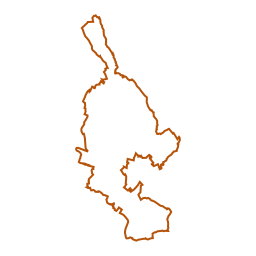 outline of Nogales, Veracruz, Mexico
{"feature_id": "50627088B81981974228301", "entity_name": "Nogales", "entity_type": "district", "adm_level": 2, "iso_a3": "MEX", "parent_name": "Mexico", "parent_adm1": "Veracruz", "projection": "natural_earth1", "projection_center": [-97.192, 18.835], "detail": "fine", "context": "isolated", "style": "outline", "palette": "amber", "viewbox_px": 256, "rotation_deg": 0, "n_neighbors": 0, "source": "geoboundaries", "source_scale": "gbopen_adm2", "svg_char_len": 5838}
<svg xmlns="http://www.w3.org/2000/svg" viewBox="0 0 256 256"><path d="M112.8,206.3L113.5,206.7L113.6,207.3L113.2,207.9L114.5,208.5L114.4,208.7L115.3,209.1L115.0,209.1L114.8,210.1L116.4,210.9L118.2,208.7L118.9,207.5L121.8,209.6L119.8,213.0L123.5,214.9L126.0,217.6L126.3,218.1L127.9,220.2L128.2,222.0L125.5,228.9L124.9,232.3L125.2,234.0L126.0,237.5L126.3,238.2L126.6,238.4L128.6,238.2L130.1,237.4L130.7,237.4L131.8,238.3L132.4,238.2L132.6,239.0L133.1,239.4L136.3,240.6L138.1,239.8L143.3,238.8L144.8,238.8L145.6,238.3L146.2,238.9L147.9,239.5L149.7,238.7L151.6,238.2L152.8,238.1L152.6,236.2L152.6,233.6L154.7,232.3L155.6,232.4L157.5,231.3L160.7,231.0L162.5,230.6L163.3,231.2L165.3,230.8L168.2,231.0L167.6,229.4L168.2,228.4L168.3,227.3L168.0,226.5L168.2,224.2L168.0,221.8L167.5,220.3L167.3,219.1L168.6,215.8L169.3,215.1L171.2,212.0L170.9,211.4L169.9,209.7L169.0,208.6L167.8,208.4L167.7,208.9L167.0,209.3L165.9,208.2L164.6,207.6L162.9,206.3L161.0,205.9L160.0,205.4L154.9,201.8L152.1,200.5L151.5,200.5L150.7,200.0L149.8,198.8L148.0,197.9L147.1,198.4L146.5,198.4L145.4,197.8L143.2,198.1L140.9,199.8L138.4,194.8L139.5,193.2L140.4,192.5L140.9,185.7L141.3,185.3L142.4,184.8L139.8,181.9L138.1,184.9L136.6,186.7L133.8,189.7L130.7,191.8L129.5,190.6L131.2,189.6L130.1,188.2L127.9,190.5L124.0,187.4L124.8,186.6L126.3,184.3L125.7,183.7L126.2,178.5L126.2,176.3L125.1,174.3L124.5,174.9L123.4,174.1L121.7,171.1L120.9,170.2L124.1,167.2L124.0,166.7L126.7,168.0L126.9,164.8L127.5,164.0L128.4,163.3L128.4,162.8L127.1,162.4L127.7,158.9L133.7,160.4L134.0,157.8L135.1,155.6L135.9,153.3L137.8,155.5L138.6,155.5L138.5,156.5L139.7,156.0L140.2,156.7L141.1,155.8L142.5,158.0L146.2,157.8L147.5,156.3L149.1,155.0L149.7,155.8L150.0,155.5L150.5,155.8L151.5,157.1L151.3,157.6L151.0,157.8L150.5,157.1L150.1,157.3L149.8,157.5L149.7,158.2L153.3,162.8L151.8,164.1L152.5,165.1L153.1,164.7L153.9,166.1L157.9,164.2L159.8,169.2L160.8,168.8L161.4,168.4L161.5,167.9L160.8,166.1L160.9,164.9L161.4,164.3L161.7,164.3L162.2,164.3L162.8,165.1L163.3,164.9L163.5,164.2L163.1,163.1L163.2,162.1L164.3,161.8L165.1,161.1L166.0,160.7L166.5,160.0L166.6,159.0L166.9,158.9L167.8,157.2L169.9,155.5L170.9,155.0L172.1,153.7L172.4,153.0L173.2,152.4L173.6,151.6L176.3,151.0L176.9,150.7L176.9,149.9L176.8,149.6L177.8,147.6L178.4,144.3L178.4,144.0L178.2,143.9L177.6,143.9L177.6,143.6L178.6,142.6L179.8,140.2L179.8,139.4L179.6,137.7L179.0,136.9L177.4,139.2L173.6,133.0L172.9,133.6L169.0,128.8L168.3,129.1L167.3,129.8L164.9,130.8L164.2,131.4L163.1,132.6L160.6,134.1L159.9,133.5L158.0,134.0L157.2,134.0L156.1,131.4L156.5,129.6L156.9,129.4L156.9,129.0L156.5,128.2L157.0,126.9L156.7,126.0L157.5,125.3L157.6,124.8L157.1,123.6L157.2,121.0L156.1,118.9L155.3,118.2L154.7,117.2L153.8,116.5L153.7,114.6L153.4,113.3L153.7,112.4L152.6,111.9L152.3,111.4L151.5,110.8L152.0,110.8L151.7,110.2L150.5,109.9L150.0,109.5L148.1,106.5L146.7,102.1L146.9,97.9L146.8,97.3L144.7,95.5L141.3,91.3L139.4,88.5L137.9,87.2L136.9,86.0L135.3,82.9L133.6,80.8L132.1,79.5L131.7,80.1L130.5,79.9L129.6,80.3L127.8,79.1L127.1,78.1L125.9,76.8L124.9,76.4L122.9,77.5L122.6,77.1L123.8,76.1L123.4,75.6L123.0,75.6L122.6,75.3L122.2,75.6L121.4,75.1L120.5,75.1L120.2,74.2L118.5,73.2L116.9,73.3L116.5,73.0L116.2,73.3L115.3,73.5L115.1,73.4L115.2,71.4L115.5,71.0L115.3,70.2L115.5,69.6L117.2,68.0L117.7,67.1L116.8,65.4L116.2,65.3L116.5,64.7L116.1,63.4L115.6,62.5L115.9,62.1L114.7,59.8L114.9,59.2L113.6,57.5L113.7,55.8L113.1,55.2L113.4,54.8L113.3,54.3L112.8,54.2L112.9,53.6L112.7,53.0L112.1,53.3L111.7,52.2L110.9,51.4L110.0,49.7L108.3,47.4L107.5,47.1L105.8,44.1L106.2,42.5L106.0,42.1L106.1,39.3L105.9,38.6L104.3,36.2L103.8,34.2L103.7,32.0L103.5,31.4L103.7,30.8L103.7,30.1L102.2,27.4L102.1,25.8L100.8,23.8L100.4,22.0L100.4,20.2L99.2,17.2L98.7,17.2L98.9,18.3L98.0,17.4L97.0,17.1L95.7,15.4L94.9,15.9L93.8,15.9L92.4,17.9L93.2,21.8L87.8,22.0L87.2,23.0L81.8,28.0L82.8,29.6L83.6,32.1L85.1,36.0L86.0,37.2L86.9,38.0L89.0,40.7L89.9,42.7L91.8,45.9L92.0,47.7L92.0,48.9L92.6,50.1L96.1,53.2L96.5,54.3L98.7,56.2L99.5,56.6L100.0,56.2L100.0,56.5L100.4,57.1L100.9,57.4L102.7,60.3L104.2,61.8L105.7,62.8L106.2,64.6L107.6,67.9L106.9,67.8L105.3,68.8L105.8,69.9L103.9,72.0L105.2,74.1L106.9,78.8L104.3,79.4L103.6,79.7L103.1,79.5L102.7,79.8L102.2,79.6L103.5,81.9L104.2,82.2L103.6,83.4L100.9,81.3L100.1,82.8L99.3,83.7L99.5,84.5L96.9,84.7L96.1,85.1L95.6,85.6L95.3,86.0L95.1,87.4L94.7,88.2L94.0,88.0L94.0,87.6L92.8,86.8L92.2,86.6L90.2,91.1L89.5,91.8L89.2,90.1L87.6,91.4L85.4,95.4L85.2,96.5L83.0,101.4L83.9,102.4L84.9,102.8L85.2,105.5L84.5,108.0L85.5,108.5L85.4,110.5L85.6,111.3L85.2,112.9L84.6,114.2L86.7,115.2L87.5,115.4L87.5,116.8L85.1,121.0L84.2,122.2L84.1,122.9L84.3,124.2L81.9,127.7L81.4,129.0L81.4,131.1L82.8,134.1L83.9,133.8L84.9,138.2L85.6,148.0L86.1,149.1L87.5,150.7L87.2,151.3L78.6,148.0L77.5,147.8L76.6,148.0L76.2,148.6L76.2,149.6L76.8,150.6L78.9,151.6L80.5,153.0L81.1,154.2L81.2,154.9L80.5,156.3L80.4,157.8L79.7,159.2L79.1,161.5L78.8,162.0L79.5,162.6L80.9,163.2L82.2,163.3L82.8,163.6L83.0,163.5L84.0,164.1L84.1,163.6L84.6,163.8L84.5,164.3L84.9,164.5L85.2,163.8L85.7,164.0L85.5,164.7L86.0,164.8L87.1,164.6L87.7,165.4L88.8,165.7L88.9,165.1L89.5,165.3L89.4,165.9L93.6,166.9L93.5,167.5L93.1,167.4L93.3,169.0L92.1,169.3L91.6,170.5L92.1,173.4L93.1,174.7L88.9,179.0L88.7,179.9L88.9,180.5L88.5,181.1L88.9,181.7L89.0,183.5L88.7,183.7L87.3,183.7L87.2,184.0L87.4,185.5L88.1,186.9L86.8,187.3L87.8,187.9L88.6,188.0L90.2,187.8L90.7,189.6L91.2,190.4L92.6,190.2L93.1,189.9L94.5,190.5L95.3,191.7L95.6,191.8L98.1,191.9L98.3,191.3L99.6,191.5L102.1,193.5L103.3,195.0L104.9,195.1L105.5,195.6L106.8,195.8L107.8,196.4L107.3,198.0L106.4,199.6L107.2,202.7L109.4,204.1L109.7,204.0L110.0,204.3L110.6,204.1L110.9,204.6L111.2,204.7L111.4,204.4L112.1,204.1L112.6,204.4L113.5,203.4L113.9,203.4L113.8,204.5L113.4,204.6L113.2,205.3L112.9,205.7L112.8,206.3Z" fill="none" stroke="#b45309" stroke-width="2"/></svg>